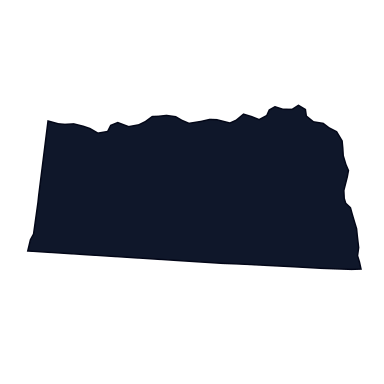 the district of Nova Olímpia, Paraná, Brazil, rotated 268°
{"feature_id": "56859067B47748019346141", "entity_name": "Nova Olímpia", "entity_type": "district", "adm_level": 2, "iso_a3": "BRA", "parent_name": "Brazil", "parent_adm1": "Paraná", "projection": "natural_earth1", "projection_center": [-53.054, -23.423], "detail": "fine", "context": "isolated", "style": "filled", "palette": "ink", "viewbox_px": 384, "rotation_deg": 268, "n_neighbors": 0, "source": "geoboundaries", "source_scale": "gbopen_adm2", "svg_char_len": 975}
<svg xmlns="http://www.w3.org/2000/svg" viewBox="0 0 384 384"><g transform="rotate(268 192 192)"><path d="M268.0,50.6L194.0,38.7L186.9,37.7L155.5,32.2L150.0,28.9L138.8,25.8L119.6,220.2L118.6,234.5L113.7,291.6L111.2,319.1L109.1,348.8L109.1,358.2L116.2,356.9L122.5,355.2L130.6,356.6L143.1,355.6L149.5,355.2L155.5,353.6L164.4,351.3L170.7,349.8L175.4,345.2L180.3,343.9L188.3,343.8L201.7,347.7L208.0,349.1L214.2,346.7L223.0,344.4L230.8,344.2L237.8,343.8L247.2,338.6L251.4,331.1L256.0,325.5L257.9,315.8L263.9,308.9L270.5,308.2L274.9,301.4L271.1,295.0L271.5,285.7L274.3,277.9L271.3,272.1L265.8,269.4L262.0,261.6L265.3,254.1L268.0,246.2L262.2,238.7L259.6,232.3L263.4,219.2L263.9,212.3L262.2,203.5L260.7,191.4L264.0,184.3L267.8,178.3L269.4,169.2L268.8,161.0L268.8,154.9L264.0,147.9L261.0,141.2L259.5,131.0L264.0,120.2L261.4,113.1L255.4,109.8L254.1,100.0L259.0,92.2L261.5,85.6L264.2,76.2L264.0,67.4L264.8,60.8L268.0,50.6Z" fill="#0f172a" stroke="#020617" stroke-width="1.5"/></g></svg>